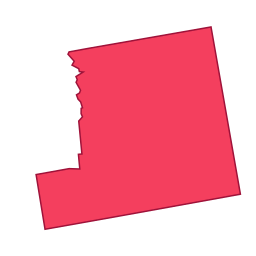 Edwards, Texas, United States of America (Natural Earth projection), rotated 170°
{"feature_id": "52423323B96652215547422", "entity_name": "Edwards", "entity_type": "district", "adm_level": 2, "iso_a3": "USA", "parent_name": "United States of America", "parent_adm1": "Texas", "projection": "natural_earth1", "projection_center": [-100.041, 29.957], "detail": "fine", "context": "isolated", "style": "filled", "palette": "rose", "viewbox_px": 256, "rotation_deg": 170, "n_neighbors": 0, "source": "geoboundaries", "source_scale": "gbopen_adm2", "svg_char_len": 534}
<svg xmlns="http://www.w3.org/2000/svg" viewBox="0 0 256 256"><g transform="rotate(170 128 128)"><path d="M227.3,42.7L151.3,42.8L28.8,43.3L28.7,213.1L152.2,213.3L172.8,213.2L174.3,211.1L169.4,203.1L172.2,199.6L166.2,195.0L166.1,192.0L162.4,190.9L170.3,187.7L169.6,184.4L171.2,182.0L168.2,173.4L169.7,170.9L173.0,169.6L172.2,165.1L170.1,161.9L169.3,155.8L170.7,155.5L171.7,150.3L170.9,146.9L175.3,143.4L177.9,110.4L181.4,110.7L182.6,96.0L193.0,98.2L226.6,98.1L227.3,42.7Z" fill="#f43f5e" stroke="#9f1239" stroke-width="1.5"/></g></svg>